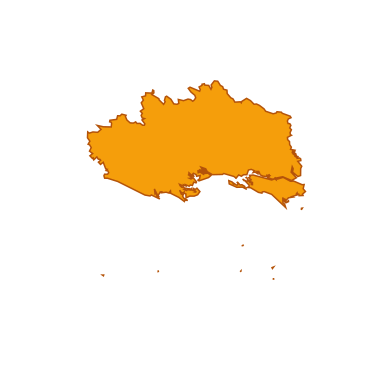 outline of Gladstone, Queensland, Australia, rotated 130°
{"feature_id": "25037944B21166714819483", "entity_name": "Gladstone", "entity_type": "district", "adm_level": 2, "iso_a3": "AUS", "parent_name": "Australia", "parent_adm1": "Queensland", "projection": "equal_earth", "projection_center": [151.305, -24.018], "detail": "fine", "context": "isolated", "style": "filled", "palette": "amber", "viewbox_px": 384, "rotation_deg": 130, "n_neighbors": 0, "source": "geoboundaries", "source_scale": "gbopen_adm2", "svg_char_len": 6080}
<svg xmlns="http://www.w3.org/2000/svg" viewBox="0 0 384 384"><g transform="rotate(130 192 192)"><path d="M115.0,261.5L116.1,257.1L116.1,252.0L117.5,249.7L120.3,249.4L122.0,249.8L122.1,252.5L123.4,254.8L127.5,257.2L129.9,262.0L132.6,259.1L134.4,259.8L136.2,262.6L134.5,267.8L134.9,273.0L136.2,273.5L139.7,271.9L140.0,270.6L143.1,270.1L142.6,276.3L141.8,277.4L143.2,285.4L140.6,284.9L138.9,286.5L139.1,287.6L142.0,286.3L145.8,291.2L148.2,289.4L151.4,291.6L152.9,288.3L156.3,288.2L159.2,282.5L163.3,283.5L163.7,280.6L166.0,280.2L167.3,277.7L166.3,275.6L169.0,276.6L170.1,271.9L171.4,271.4L172.6,272.7L172.8,275.9L174.9,278.3L174.5,280.2L176.9,281.2L178.8,283.8L178.7,288.1L177.0,291.5L175.6,291.8L177.5,295.8L179.9,296.1L181.4,298.0L184.8,296.4L189.8,301.0L191.2,300.2L190.5,298.8L191.1,297.7L194.1,295.7L199.0,301.8L201.9,307.4L202.5,301.9L206.9,302.6L209.7,306.5L212.9,308.5L213.0,310.5L217.7,306.9L218.7,302.9L222.2,302.3L221.7,300.7L222.8,297.7L226.6,296.8L226.4,292.8L229.9,293.5L230.3,289.8L229.4,289.6L230.5,287.9L226.3,287.4L227.1,284.9L226.2,283.6L226.4,282.4L229.3,282.9L229.7,279.8L226.3,279.1L229.5,273.4L229.3,272.3L230.2,272.1L229.4,271.4L230.6,271.2L229.9,270.0L230.8,268.2L232.6,268.1L234.6,270.4L236.2,269.9L237.6,267.8L235.8,265.6L231.7,255.7L224.6,226.1L222.0,221.6L220.4,221.2L218.1,212.2L217.7,216.2L216.1,218.4L217.3,219.0L213.8,222.8L216.9,215.6L212.3,216.4L210.7,214.7L212.9,215.5L208.8,211.7L207.5,208.7L206.5,208.0L206.8,208.6L206.5,209.2L205.0,209.2L206.7,207.4L204.6,198.6L204.2,191.7L202.9,192.2L201.2,189.9L202.0,194.3L201.2,196.5L199.7,197.0L200.5,198.8L198.6,202.7L199.2,199.9L198.6,198.3L197.2,198.0L198.2,197.4L197.4,195.5L200.3,192.8L196.6,191.1L193.8,187.7L190.5,185.9L186.6,186.2L185.9,190.7L188.9,191.4L189.3,189.2L189.9,189.5L189.8,188.9L190.2,189.8L189.5,189.3L189.2,191.1L190.8,193.6L189.7,194.4L191.4,194.3L193.3,197.3L194.3,197.0L195.2,199.7L192.8,198.6L195.0,203.0L194.8,205.3L194.3,206.2L194.0,202.9L193.5,204.4L192.9,202.3L192.0,203.2L191.3,200.6L190.6,201.7L189.4,197.9L187.8,197.8L186.6,195.9L183.4,197.0L182.4,194.8L181.4,195.0L180.3,200.1L182.7,201.2L183.1,202.7L180.9,200.6L181.2,206.4L180.8,204.6L180.3,206.1L180.0,201.9L179.9,206.2L179.2,206.7L179.4,203.0L176.8,203.0L176.0,200.1L177.0,198.6L174.1,196.3L177.0,194.7L179.1,195.1L179.0,193.8L170.3,188.6L167.2,188.1L167.3,191.8L170.6,195.2L170.5,194.8L171.0,194.5L171.6,198.6L173.3,199.6L172.2,200.8L171.8,199.2L170.8,199.1L170.8,200.5L170.1,200.4L170.2,198.4L169.6,197.8L169.8,199.1L169.5,199.3L168.9,198.1L169.1,195.1L167.5,193.3L168.1,196.6L167.4,198.3L168.0,198.9L167.2,201.2L165.4,196.4L166.6,193.4L165.6,187.5L159.0,180.0L157.4,179.5L153.2,170.0L153.0,167.4L153.8,167.1L148.9,167.2L148.2,164.3L145.6,163.6L143.5,161.1L138.9,162.9L136.6,161.2L135.6,158.0L137.9,157.7L136.2,156.5L135.7,153.1L134.6,153.8L134.5,155.5L133.3,154.1L135.0,150.7L134.1,147.7L132.0,144.5L131.3,145.3L131.0,145.4L131.0,144.0L129.9,144.4L129.3,144.0L130.3,143.4L129.8,143.4L129.5,142.8L132.2,143.1L130.7,139.0L129.3,137.5L126.9,137.3L127.9,137.1L122.0,132.3L119.2,123.1L114.0,121.2L113.1,128.8L108.2,131.5L109.1,129.5L112.1,127.8L112.1,120.9L109.6,119.4L104.2,123.8L101.7,124.5L100.5,130.7L98.0,128.8L96.8,130.0L96.8,131.4L98.5,133.0L96.2,133.7L98.1,134.1L98.5,136.0L97.7,136.5L97.4,135.0L96.0,137.2L96.9,138.5L97.8,137.1L97.8,139.2L95.9,139.1L97.2,140.6L96.2,141.1L95.7,139.7L93.8,139.9L96.0,143.9L93.8,144.7L92.9,147.7L90.7,149.7L90.4,152.4L88.8,154.0L84.6,152.3L84.8,153.5L83.6,155.0L80.4,155.9L80.1,158.3L77.4,159.1L76.8,161.0L77.8,162.5L76.3,164.6L74.1,165.2L71.4,163.9L70.8,165.5L73.7,173.5L73.4,174.8L75.9,178.5L77.4,178.3L79.9,180.1L82.8,187.5L82.0,190.3L82.3,195.9L83.1,199.1L84.9,200.9L84.4,205.9L85.2,210.4L90.6,212.1L92.0,211.6L91.8,212.9L95.6,216.9L94.3,220.5L94.9,222.8L94.0,228.3L91.5,230.7L93.0,233.9L91.6,236.2L92.1,238.8L90.6,243.5L92.5,246.3L97.7,246.1L99.1,244.0L101.1,243.5L99.6,247.7L101.9,250.9L101.1,252.1L103.0,253.6L103.9,252.9L107.0,254.1L108.2,251.5L109.9,250.9L113.0,260.9L115.0,261.5ZM148.0,153.1L147.1,155.4L149.4,158.3L150.0,152.8L151.2,151.7L152.9,152.5L151.1,149.9L149.6,140.9L147.9,137.7L146.7,138.2L145.2,136.8L142.6,129.5L143.7,110.2L141.8,113.2L141.7,115.5L137.8,119.0L138.9,117.5L137.8,117.5L138.9,116.9L137.9,116.7L137.7,115.9L139.2,116.3L138.7,115.6L139.6,115.8L139.9,114.6L134.5,114.4L130.9,111.3L131.2,112.5L126.7,109.6L126.5,110.8L125.1,110.9L125.7,110.1L125.0,108.7L126.0,107.6L123.3,104.7L122.7,106.0L118.7,105.4L118.1,108.9L114.2,110.9L115.6,112.3L118.2,120.9L120.5,123.5L122.2,131.6L127.3,134.9L127.9,136.8L128.6,135.7L128.7,137.0L131.6,138.7L139.7,156.1L142.2,158.6L142.8,157.2L144.8,157.8L144.5,154.9L144.8,153.9L144.9,155.6L146.7,154.6L145.8,151.8L146.9,150.9L146.8,152.2L147.9,150.9L148.2,151.4L146.8,152.4L147.0,155.1L148.0,153.1ZM158.5,167.7L159.6,171.1L161.9,168.7L159.6,160.7L155.8,156.4L154.8,151.7L154.9,153.9L153.8,155.2L154.3,158.4L155.7,159.7L155.3,162.5L157.3,161.6L158.1,162.4L158.5,166.0L159.0,165.1L159.2,165.3L158.5,167.7ZM166.4,197.3L167.1,196.6L166.5,194.9L165.6,196.1L166.4,197.3ZM197.0,81.3L198.5,82.1L198.9,81.2L197.0,81.3ZM178.2,202.1L179.1,202.2L179.4,201.4L178.7,200.8L178.2,202.1ZM191.4,196.5L192.3,197.4L192.7,196.7L192.3,195.9L191.4,196.5ZM134.1,97.7L135.4,96.8L133.4,97.1L134.1,97.7ZM312.4,206.3L313.2,207.2L313.1,206.0L312.4,206.3ZM191.4,195.9L191.4,194.9L190.5,195.0L191.4,195.9ZM169.9,195.1L170.8,197.2L171.1,197.6L171.2,196.8L169.9,195.1ZM146.4,155.7L146.7,157.6L146.8,157.5L146.4,155.7ZM169.3,196.3L169.5,198.0L169.4,195.4L169.3,196.3ZM149.1,158.9L149.3,159.7L149.5,161.6L149.8,159.4L149.1,158.9ZM140.5,113.4L137.3,111.9L136.7,112.5L140.5,113.4ZM200.5,118.6L199.2,118.6L200.6,118.8L200.5,118.6ZM155.6,162.8L155.4,164.2L155.9,162.7L155.6,162.8ZM216.8,214.5L217.0,215.1L217.4,214.3L216.8,214.5ZM222.1,103.9L221.3,103.6L221.0,103.8L222.1,103.9ZM145.8,159.6L146.2,159.7L146.0,159.1L145.8,159.6ZM273.8,167.5L274.5,167.0L274.7,166.8L274.5,166.7L273.8,167.5ZM205.6,74.2L206.3,73.8L206.4,73.7L206.2,73.5L205.6,74.2ZM188.2,193.0L189.4,192.9L188.2,192.7L188.2,193.0Z" fill="#f59e0b" stroke="#b45309" stroke-width="1.5"/></g></svg>